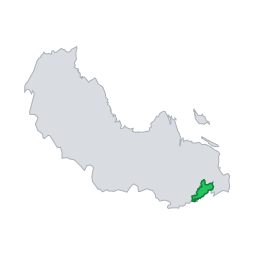 where Halland sits in Sweden, rotated 275°
{"feature_id": "SWE-187", "entity_name": "Halland", "entity_type": "County", "adm_level": 1, "iso_a3": "SWE", "parent_name": "Sweden", "parent_adm1": "", "projection": "natural_earth1", "projection_center": [12.697, 56.977], "detail": "fine", "context": "in_parent", "style": "filled", "palette": "green", "viewbox_px": 256, "rotation_deg": 275, "n_neighbors": 0, "source": "natural_earth", "source_scale": "10m", "svg_char_len": 6385}
<svg xmlns="http://www.w3.org/2000/svg" viewBox="0 0 256 256"><g transform="rotate(275 128 128)"><path d="M54.4,174.9L55.4,176.9L57.5,176.7L58.4,175.2L59.4,170.9L58.0,166.1L59.9,164.4L61.1,161.8L64.0,161.0L67.9,158.0L68.3,154.8L69.2,152.5L65.9,145.6L65.6,143.9L70.6,143.0L72.8,138.4L69.3,135.4L64.0,132.6L65.8,123.8L63.5,119.1L63.8,117.1L63.5,114.0L64.8,112.7L62.2,108.2L64.7,105.1L64.3,103.6L71.7,97.3L76.5,96.2L85.5,97.1L87.7,94.7L87.7,93.4L86.9,90.2L81.8,88.4L87.2,82.9L91.5,77.5L92.2,72.2L93.2,70.0L92.1,64.9L97.9,64.4L103.0,62.3L102.2,59.5L113.4,51.0L113.8,49.5L112.9,48.1L110.1,45.5L110.8,44.3L113.9,43.6L115.3,42.5L117.5,38.5L123.6,35.4L130.5,37.5L133.3,34.0L133.0,29.1L135.4,28.6L153.8,31.7L156.8,29.9L153.6,28.9L156.6,27.0L157.5,25.8L157.7,24.4L157.5,23.7L154.9,21.9L160.7,21.6L163.8,22.5L164.2,23.5L176.8,29.2L186.8,31.5L189.7,33.1L190.8,34.9L192.3,35.0L194.2,36.7L196.2,37.6L194.7,38.8L194.9,41.5L195.5,42.7L194.6,45.0L197.9,45.5L198.5,46.9L196.9,48.4L197.2,49.9L201.5,54.7L200.6,56.3L200.4,58.2L198.6,59.7L198.4,61.2L198.8,63.1L199.5,64.0L201.3,64.7L204.6,69.8L201.6,70.2L199.2,69.5L193.7,70.1L192.4,70.9L188.1,68.8L185.7,70.0L184.0,69.0L182.8,70.7L182.6,73.0L180.6,72.8L181.4,73.7L178.7,74.0L178.5,74.3L179.1,74.9L178.3,75.6L174.7,75.9L174.2,76.6L175.3,77.5L175.3,78.1L172.9,77.2L174.6,78.9L175.0,80.1L170.2,85.0L171.9,86.3L173.4,89.0L175.0,90.3L174.4,91.5L169.3,94.6L166.5,99.4L160.0,102.5L156.5,103.3L154.4,105.6L151.7,104.9L151.7,106.2L150.0,105.4L148.6,107.4L146.3,109.1L143.7,108.8L143.4,109.1L144.2,109.6L141.2,110.0L140.4,111.8L138.2,112.2L137.8,112.8L140.1,112.9L139.7,114.4L137.1,115.1L136.2,116.0L135.1,116.0L135.3,115.3L133.5,115.3L133.0,114.5L132.7,114.7L133.9,117.1L133.1,118.0L134.7,118.9L130.1,121.3L127.2,120.4L126.8,121.1L127.5,123.1L130.0,124.6L128.6,125.7L127.1,130.3L128.2,133.2L125.0,132.6L125.2,133.6L124.2,134.9L124.7,136.7L124.4,137.9L125.2,139.0L124.8,139.5L125.4,144.7L126.4,146.8L126.1,148.6L127.4,149.5L130.3,149.7L131.2,151.2L134.7,150.3L137.3,153.2L142.3,155.6L142.0,157.2L145.2,158.4L147.0,160.6L147.8,162.4L147.6,163.5L142.9,166.5L139.2,168.6L135.4,169.8L135.6,170.3L137.5,170.5L142.1,169.0L143.5,170.3L141.0,170.9L140.6,172.6L139.5,173.8L129.4,177.8L128.1,179.0L123.6,181.0L115.4,180.9L114.1,181.3L121.2,182.1L123.0,183.6L119.6,184.5L121.1,188.0L120.3,188.9L120.3,192.8L119.1,192.9L118.6,194.5L119.3,198.4L119.9,199.5L119.7,200.6L117.8,203.3L118.5,206.5L116.4,212.2L114.0,215.6L112.1,220.1L110.0,221.7L107.5,220.7L103.7,221.3L96.8,221.1L96.0,221.6L96.5,223.2L94.0,222.9L89.7,226.5L89.6,228.1L91.4,231.4L89.2,233.5L84.6,233.0L78.4,234.4L72.9,233.3L73.6,232.2L74.0,227.8L67.7,219.0L70.6,219.9L71.8,219.5L70.0,216.6L72.5,216.4L73.3,215.4L72.9,213.7L70.8,213.0L69.0,210.4L67.1,209.1L63.7,203.9L62.5,200.4L61.3,200.7L60.3,196.6L58.5,196.0L58.2,191.9L56.2,191.5L55.0,189.6L54.8,186.0L52.5,185.6L52.8,183.9L52.1,177.6L51.4,175.7L52.0,174.3L53.2,174.1L54.4,174.9ZM150.0,194.1L149.0,194.5L148.4,195.6L146.8,196.2L146.7,199.8L148.2,201.1L146.7,201.7L145.7,203.6L142.9,204.9L141.8,206.1L141.3,207.9L138.9,208.8L140.5,206.2L138.2,203.2L138.8,202.1L138.5,198.6L143.3,194.2L145.6,193.7L146.6,194.2L147.1,193.1L147.8,192.8L150.0,194.1ZM118.8,219.0L117.6,219.8L117.2,218.7L117.2,214.5L119.9,209.5L121.1,209.1L124.3,202.4L124.7,202.0L125.8,202.4L125.0,203.0L125.1,204.2L123.0,207.8L122.5,210.1L121.8,210.7L118.8,219.0ZM151.0,192.7L150.8,193.7L149.5,192.9L150.7,191.8L153.1,192.1L151.0,192.7ZM144.4,167.0L142.9,168.6L142.5,167.9L142.8,167.2L144.4,167.0ZM141.2,175.0L140.4,175.1L140.9,174.1L142.0,173.8L141.2,175.0Z" fill="#d9dde1" stroke="#a8b0b8" stroke-width="1"/><path d="M73.2,216.0L73.3,215.9L73.5,215.5L73.6,215.2L73.5,214.9L73.1,214.1L72.9,213.4L72.7,213.2L72.3,213.1L72.0,213.2L71.5,213.3L71.3,213.3L71.2,213.3L70.3,212.7L70.2,212.5L70.1,212.2L69.9,212.0L69.7,211.8L69.5,211.6L69.2,211.0L69.3,210.6L69.3,210.4L68.5,210.0L68.4,210.0L68.4,209.9L68.1,209.7L67.8,209.4L67.7,209.3L67.3,209.2L66.9,209.1L66.5,209.0L66.3,208.8L66.1,208.5L66.1,208.2L66.2,207.9L66.2,207.6L66.1,207.3L66.0,207.2L65.6,207.1L65.2,206.9L64.9,206.6L64.9,206.3L64.8,206.2L64.5,206.1L64.8,205.8L64.7,205.6L64.4,205.2L64.3,204.7L64.2,204.6L63.8,204.6L63.7,204.5L64.1,204.3L64.2,204.1L63.8,204.1L63.5,204.0L63.3,203.9L63.1,203.7L63.4,203.7L63.6,203.7L63.8,203.6L63.6,203.6L63.4,203.5L63.0,203.5L63.0,203.4L63.2,203.2L63.3,203.1L63.6,203.0L63.6,202.8L63.6,202.6L63.5,202.4L63.4,202.3L63.2,202.2L62.9,202.0L62.7,202.1L62.4,201.9L62.6,201.7L62.9,201.5L63.2,201.2L62.6,201.2L62.8,201.1L63.0,200.9L62.9,200.7L62.6,200.2L62.4,200.1L62.2,200.3L61.9,200.6L61.7,201.7L61.5,202.0L61.5,201.7L61.2,201.7L61.1,201.3L60.8,201.3L60.7,201.3L60.6,201.2L60.8,201.1L60.7,200.8L60.7,200.6L60.6,200.3L60.7,200.1L60.8,199.9L61.1,199.7L60.9,199.5L60.7,199.4L60.8,199.4L61.0,199.3L60.7,199.2L60.8,198.9L60.7,198.2L61.3,198.1L62.7,198.3L63.6,198.2L65.6,197.6L66.0,198.2L66.0,198.4L66.0,198.7L66.0,198.9L65.9,199.4L66.0,199.5L66.3,199.9L66.7,200.2L66.9,200.4L67.0,200.5L67.0,200.8L67.0,201.0L66.8,201.3L66.7,201.4L66.7,201.6L66.8,201.9L67.2,202.6L67.4,202.8L67.5,202.9L67.9,202.9L68.1,202.8L68.4,202.6L68.5,202.5L68.6,202.4L69.2,201.9L69.4,201.9L69.9,202.0L70.2,202.0L70.4,202.0L70.6,202.1L71.2,202.7L71.4,202.8L71.6,202.8L72.0,202.7L72.2,202.8L72.4,202.9L72.6,203.0L73.6,203.1L73.7,203.3L73.5,203.8L73.4,204.0L73.5,204.2L73.7,204.3L74.1,204.4L74.6,204.4L74.7,204.5L74.8,204.6L74.9,204.8L75.0,204.8L75.8,205.0L75.6,205.2L75.5,205.3L75.5,205.6L75.4,205.8L75.5,206.0L75.8,206.5L76.1,206.9L76.4,206.9L76.5,206.8L76.6,206.7L76.8,206.5L76.9,206.4L77.1,206.3L77.2,206.2L77.3,206.2L77.4,205.9L77.5,205.9L79.3,205.6L79.5,205.6L80.0,205.8L80.4,205.8L80.5,205.8L80.8,206.0L81.3,206.2L81.5,206.3L81.7,206.5L81.9,206.7L81.9,206.9L81.9,207.1L82.3,207.5L83.0,207.8L83.1,208.1L83.0,208.3L82.8,208.6L82.6,208.8L82.4,209.0L82.1,209.1L81.1,209.3L80.6,209.5L80.4,209.5L79.6,209.5L79.4,209.5L79.0,209.7L78.7,209.7L78.6,209.8L78.4,210.1L78.4,210.3L78.3,210.5L78.3,211.0L78.3,211.8L78.3,212.0L78.2,212.4L78.5,212.6L78.8,212.9L79.6,214.0L79.8,214.4L80.0,214.7L80.1,215.2L80.1,215.4L80.1,215.6L80.0,215.8L80.1,216.1L80.3,216.5L80.7,216.9L80.0,216.8L79.6,216.8L79.3,216.9L78.4,217.3L78.1,217.5L77.8,217.7L77.6,217.9L77.2,218.2L77.0,218.3L76.8,218.2L76.6,218.2L76.3,218.0L74.5,217.7L74.2,217.6L74.0,217.3L74.1,217.2L74.2,216.9L74.2,216.7L73.5,216.3L73.2,216.0L73.2,216.0Z" fill="#22c55e" stroke="#15803d" stroke-width="1.5"/></g></svg>